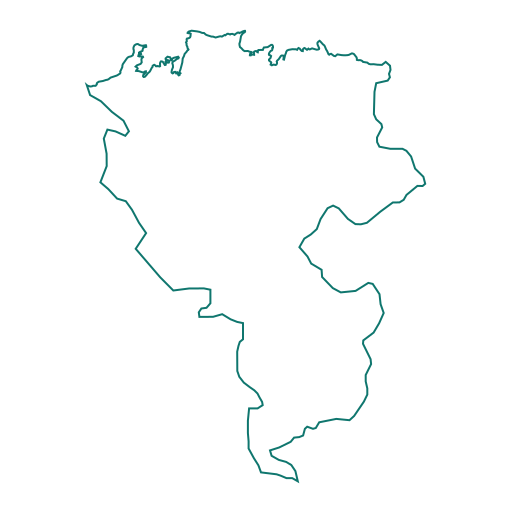 Tumanian, Lori, Armenia (Equal Earth projection)
{"feature_id": "60910142B81526699291587", "entity_name": "Tumanian", "entity_type": "district", "adm_level": 2, "iso_a3": "ARM", "parent_name": "Armenia", "parent_adm1": "Lori", "projection": "equal_earth", "projection_center": [44.669, 40.997], "detail": "fine", "context": "isolated", "style": "outline", "palette": "teal", "viewbox_px": 512, "rotation_deg": 0, "n_neighbors": 0, "source": "geoboundaries", "source_scale": "gbopen_adm2", "svg_char_len": 5752}
<svg xmlns="http://www.w3.org/2000/svg" viewBox="0 0 512 512"><path d="M297.8,481.3L295.4,471.1L291.3,465.0L286.1,461.9L278.8,459.9L271.6,455.8L270.0,450.4L279.1,447.5L290.7,441.8L294.1,437.6L299.2,437.1L303.1,435.5L304.9,428.8L307.2,426.7L313.0,428.8L315.8,428.0L319.2,422.3L336.3,418.9L349.5,420.2L354.1,416.0L363.9,401.6L367.3,394.6L367.3,388.4L365.7,381.4L365.7,375.0L371.1,364.1L370.6,359.2L363.0,343.8L363.3,340.4L373.6,332.6L379.1,323.3L383.7,313.0L380.6,304.2L379.5,294.2L372.7,283.9L368.3,282.9L355.6,290.9L340.8,292.4L332.8,288.1L322.1,277.0L321.6,269.8L311.2,263.6L307.5,256.5L299.4,247.2L304.3,238.6L310.8,234.5L316.8,229.1L320.6,219.0L327.6,208.2L333.1,205.6L338.8,208.4L347.9,218.9L355.4,224.1L360.9,224.3L366.9,222.8L380.3,211.7L392.8,202.5L399.5,202.4L403.7,199.8L406.5,194.9L417.4,185.9L422.6,186.0L425.2,183.8L423.4,176.8L415.1,168.6L411.1,156.5L406.4,150.8L402.5,148.8L390.3,148.8L379.4,146.7L377.1,142.1L377.0,137.5L382.2,127.4L381.4,124.1L376.2,119.3L373.9,114.2L374.5,91.8L376.2,83.2L387.7,80.6L389.9,77.3L389.0,73.9L390.5,69.9L390.0,65.7L385.7,61.9L381.9,64.9L377.5,64.7L373.6,64.2L370.5,64.3L368.9,63.9L367.3,62.6L363.0,61.9L362.4,61.1L361.1,60.4L360.0,60.1L358.3,60.2L356.9,59.9L356.8,58.2L356.5,57.3L354.0,54.1L352.7,53.5L351.8,53.4L348.8,54.9L347.0,55.2L344.2,55.3L341.5,55.1L337.4,54.4L335.2,56.2L333.9,55.9L331.1,53.8L330.2,54.0L329.2,54.7L328.5,54.2L327.2,51.2L326.1,49.4L324.9,46.5L324.3,45.4L323.0,44.4L320.4,41.5L319.6,40.8L318.4,41.6L317.5,42.7L317.4,43.8L317.7,44.9L319.2,48.3L319.0,49.1L318.2,49.5L316.7,49.7L312.1,48.4L309.8,49.4L309.2,49.3L308.4,48.6L307.0,49.8L304.6,48.0L303.8,48.3L302.9,49.3L302.8,51.1L301.8,51.0L300.7,50.0L299.7,48.6L298.5,48.0L297.8,48.7L297.1,49.8L296.0,49.3L292.3,49.2L288.4,49.9L287.0,50.6L286.2,51.9L286.0,52.9L285.2,54.8L284.0,59.6L283.4,59.4L283.8,56.2L283.0,55.5L281.6,55.5L280.8,56.1L278.8,59.1L277.1,60.7L276.7,61.5L277.0,62.3L277.0,63.4L276.5,64.5L275.7,65.0L273.6,64.6L271.8,65.3L270.6,64.6L271.3,62.8L271.0,62.1L269.5,61.0L269.0,60.4L269.0,59.5L270.5,58.0L271.1,56.0L270.3,55.3L269.2,55.1L268.9,54.5L269.0,53.4L269.8,52.0L270.9,50.8L271.8,50.5L272.2,50.0L272.4,49.2L272.2,48.1L273.0,47.7L273.0,46.6L272.7,45.5L272.1,44.9L271.1,44.9L267.7,47.1L263.9,47.5L263.3,48.6L262.9,49.9L258.5,50.0L258.0,50.4L257.8,52.3L257.4,52.2L256.8,51.6L256.1,51.0L255.0,51.2L254.1,51.7L253.9,52.8L254.1,54.0L254.1,54.8L252.7,54.6L251.5,54.7L250.8,55.4L249.9,55.3L250.0,54.1L251.4,52.9L251.8,52.3L251.1,51.9L249.8,51.8L247.9,51.0L244.5,51.1L243.1,50.1L241.4,48.2L240.0,47.1L239.5,45.1L239.4,43.7L240.1,41.5L241.0,36.2L241.9,34.6L243.2,33.1L244.6,32.3L245.1,31.7L245.0,30.9L244.3,30.9L242.3,31.6L241.8,32.0L239.3,33.1L238.9,32.6L238.3,32.5L237.3,32.7L236.6,33.4L235.5,33.9L234.6,34.9L232.6,33.9L230.8,34.0L230.1,34.5L228.4,33.8L227.3,33.8L225.3,35.3L224.6,35.0L221.9,36.6L220.8,36.3L219.6,36.4L215.6,37.5L213.0,36.6L211.5,36.6L207.1,35.2L205.8,34.6L204.0,33.0L202.1,32.9L199.6,31.9L197.1,31.4L191.6,30.7L188.9,31.5L187.7,32.5L187.6,33.0L188.2,33.2L189.9,33.3L190.7,33.7L190.5,36.1L190.1,37.3L189.3,37.9L188.1,38.4L187.1,38.5L186.6,39.2L186.8,41.3L186.0,42.3L186.6,43.8L186.5,44.9L186.9,46.0L187.3,46.5L187.5,48.0L188.5,49.5L188.2,50.0L187.4,50.4L186.7,51.6L184.6,54.0L184.0,56.0L182.7,58.6L182.3,62.5L180.5,69.3L179.7,71.3L179.5,72.5L180.4,73.2L179.9,73.6L179.6,75.0L178.8,75.4L178.1,74.7L177.9,73.0L177.5,72.4L176.2,73.4L175.8,72.8L175.6,71.9L174.7,71.9L173.9,72.1L173.4,73.1L172.6,73.4L171.7,72.7L171.5,72.2L171.9,69.9L173.0,67.2L172.9,65.1L172.3,63.2L172.6,62.2L173.3,61.4L174.7,60.7L176.8,59.0L178.4,58.4L178.8,57.6L178.2,56.7L173.8,57.8L172.5,58.5L171.9,59.9L171.3,60.3L170.7,59.7L170.7,58.6L170.1,57.3L167.5,56.7L165.6,58.4L165.6,59.1L165.9,59.8L168.0,60.2L168.9,60.7L169.3,61.2L169.1,62.0L168.8,62.6L167.8,62.7L166.0,61.3L165.5,61.7L165.9,63.1L165.9,63.9L165.6,64.9L164.8,65.0L162.8,61.8L161.8,61.4L160.9,61.4L160.4,62.2L160.0,63.2L160.1,66.2L159.5,66.5L157.6,66.0L157.0,66.3L155.9,66.2L155.6,65.6L154.2,64.8L153.4,65.2L152.6,65.9L152.5,67.0L151.7,67.9L150.2,70.9L149.5,71.9L147.9,73.2L146.2,75.4L144.8,76.8L143.7,77.0L143.1,76.4L143.1,75.7L143.4,74.7L144.3,74.0L145.4,72.8L146.0,72.1L145.9,71.3L144.9,71.5L143.6,72.4L142.7,72.4L138.8,71.1L136.1,70.9L136.3,70.3L137.1,69.6L137.7,68.6L137.1,67.5L135.6,66.6L136.8,65.4L140.6,63.9L141.7,62.4L141.4,59.6L141.6,58.7L141.8,58.2L143.1,57.1L142.9,56.6L141.5,56.4L139.5,56.5L138.3,56.1L138.5,55.1L141.1,54.1L140.9,53.4L139.0,53.2L139.0,52.6L140.2,51.8L142.3,51.0L142.6,50.7L142.6,49.6L143.4,47.5L146.2,46.9L146.2,46.0L145.9,45.2L142.1,45.8L139.4,45.0L138.3,44.2L137.2,44.0L135.7,44.5L134.4,45.4L133.6,47.1L133.4,48.1L133.5,49.4L133.8,50.0L133.8,52.6L133.2,53.7L132.8,55.3L130.9,56.4L129.0,56.8L127.7,57.5L126.8,58.5L122.8,64.2L122.4,65.5L122.3,67.1L120.8,70.4L120.2,71.3L120.5,72.2L120.2,73.4L117.6,75.1L116.6,75.6L110.6,77.6L108.6,79.2L107.5,79.7L105.9,80.0L102.9,81.0L98.8,81.7L97.3,82.7L96.8,83.4L96.8,84.4L95.6,85.8L93.0,85.8L92.0,86.3L90.3,86.5L87.5,85.7L86.8,85.1L90.1,95.1L100.9,101.2L111.8,111.8L123.5,120.7L128.9,131.3L125.3,135.8L115.5,131.4L107.4,129.6L103.8,138.6L106.6,153.7L106.7,166.1L100.4,182.3L108.3,189.1L117.1,198.6L125.8,201.2L132.0,209.8L139.0,222.8L146.1,233.1L135.7,248.8L160.2,277.3L173.3,290.5L188.9,288.5L203.9,288.4L210.4,289.7L210.4,303.3L206.5,307.8L201.4,308.5L198.8,312.3L199.4,316.9L213.1,316.8L222.2,314.2L230.6,319.3L237.1,321.9L243.0,323.1L243.0,339.3L239.8,341.9L238.5,345.8L237.2,351.6L237.3,371.0L239.3,376.8L243.8,382.6L249.7,387.1L254.3,390.3L257.5,393.5L259.5,397.4L262.1,401.9L262.7,405.1L257.6,408.4L249.1,408.4L247.9,420.7L247.9,433.0L248.6,441.4L248.6,448.5L253.9,458.2L258.4,465.3L261.0,472.4L276.6,474.3L280.5,475.6L286.4,478.1L292.2,478.1L297.8,481.3Z" fill="none" stroke="#0f766e" stroke-width="2"/></svg>